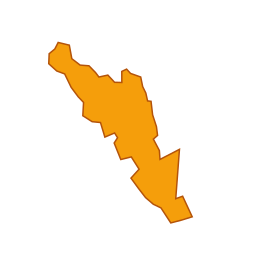 Uchkuprik, Ferghana, Uzbekistan, rotated 330°
{"feature_id": "79887680B70026965799334", "entity_name": "Uchkuprik", "entity_type": "district", "adm_level": 2, "iso_a3": "UZB", "parent_name": "Uzbekistan", "parent_adm1": "Ferghana", "projection": "robinson", "projection_center": [71.019, 40.509], "detail": "fine", "context": "isolated", "style": "filled", "palette": "amber", "viewbox_px": 256, "rotation_deg": 330, "n_neighbors": 0, "source": "geoboundaries", "source_scale": "gbopen_adm2", "svg_char_len": 802}
<svg xmlns="http://www.w3.org/2000/svg" viewBox="0 0 256 256"><g transform="rotate(330 128 128)"><path d="M161.3,116.4L158.5,114.3L160.9,106.7L161.4,99.5L164.5,90.2L157.5,82.0L156.2,76.3L150.9,75.9L145.4,85.5L139.2,81.7L137.0,72.1L128.3,69.3L127.6,63.7L125.3,54.6L118.0,49.6L114.0,39.9L118.6,26.9L110.3,19.0L104.1,23.0L96.9,24.2L91.5,32.7L94.8,43.0L100.2,49.5L99.1,64.4L100.5,76.2L102.3,83.6L95.0,94.8L100.1,104.6L106.9,109.5L104.2,121.0L103.4,124.3L113.9,125.6L114.1,131.2L108.5,134.1L106.0,151.7L116.4,154.7L117.0,169.2L105.5,172.9L106.9,185.8L108.4,197.0L111.8,206.7L116.6,213.7L117.6,231.6L128.6,234.6L139.2,237.0L141.2,214.4L134.0,213.1L161.9,172.2L140.0,171.2L143.9,163.2L144.4,150.3L149.9,149.2L153.3,141.1L155.9,128.9L161.3,116.4Z" fill="#f59e0b" stroke="#b45309" stroke-width="1.5"/></g></svg>